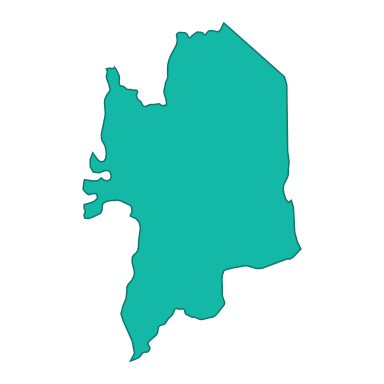 Kara, Equal Earth projection
{"feature_id": "TGO-88", "entity_name": "Kara", "entity_type": "Region", "adm_level": 1, "iso_a3": "TGO", "parent_name": "Togo", "parent_adm1": "", "projection": "equal_earth", "projection_center": [0.654, 9.526], "detail": "fine", "context": "isolated", "style": "filled", "palette": "teal", "viewbox_px": 384, "rotation_deg": 0, "n_neighbors": 0, "source": "natural_earth", "source_scale": "10m", "svg_char_len": 3734}
<svg xmlns="http://www.w3.org/2000/svg" viewBox="0 0 384 384"><path d="M112.3,68.7L114.3,68.0L114.4,67.3L115.5,68.5L116.8,70.7L118.7,74.8L119.2,76.1L119.4,77.5L119.4,78.8L119.1,81.6L119.1,83.0L119.4,84.3L119.9,85.3L120.7,85.9L123.8,86.6L124.7,87.2L126.0,88.7L127.1,89.3L128.5,89.6L130.7,89.5L133.6,90.2L135.3,90.1L136.3,90.2L137.1,90.6L137.6,91.4L137.5,92.4L136.7,94.4L136.5,95.5L136.7,96.7L137.0,97.8L137.5,98.8L138.2,99.7L139.8,100.8L140.6,101.5L141.2,102.4L142.7,105.4L143.4,106.1L144.5,106.5L145.9,106.4L148.0,105.4L150.8,104.5L153.1,104.6L158.9,103.8L159.9,104.2L161.5,105.5L162.6,105.9L164.4,105.2L166.1,105.7L166.3,105.5L166.5,103.8L166.3,100.8L164.1,92.7L164.0,91.4L164.1,90.0L164.4,88.5L164.9,86.8L165.4,83.6L165.9,81.9L166.9,79.9L167.4,78.3L167.7,77.0L167.7,76.0L167.6,73.6L167.7,66.2L168.2,63.1L168.9,60.3L170.7,55.6L176.0,45.7L176.9,43.2L177.3,40.2L176.8,36.8L176.5,35.5L176.6,34.4L177.4,33.4L179.4,32.4L184.9,32.8L186.1,33.4L187.0,34.1L187.5,35.1L187.9,36.2L188.3,37.3L189.0,37.8L190.0,37.7L192.9,35.1L196.3,32.6L197.6,32.0L201.6,32.5L202.6,33.0L204.0,34.4L204.8,34.8L205.8,34.5L207.9,31.7L209.1,30.8L210.9,30.6L212.3,30.7L217.2,31.7L218.3,31.7L219.6,30.6L220.6,29.7L223.8,23.0L239.3,36.7L265.3,59.8L284.4,76.8L286.8,85.1L286.8,87.0L287.0,105.0L287.4,131.7L287.6,150.7L289.0,162.1L288.8,165.1L288.4,167.5L288.4,172.5L288.2,175.0L287.1,178.1L283.8,184.7L283.1,187.9L283.7,192.8L285.5,198.8L288.2,202.5L291.3,200.4L293.4,207.4L294.7,232.2L297.3,241.9L300.8,249.0L300.7,249.0L293.6,256.7L290.2,259.0L287.0,258.9L261.9,268.3L258.4,268.5L256.2,268.4L247.2,265.8L244.4,265.8L230.7,268.3L224.5,270.2L224.1,270.6L223.6,271.4L223.2,272.4L222.4,274.9L222.0,277.9L221.9,280.7L222.2,285.2L222.2,294.2L222.6,296.8L224.6,302.5L224.5,303.8L223.8,305.4L220.7,309.0L218.3,312.4L215.6,315.2L214.1,316.4L212.6,317.1L209.4,317.6L202.6,319.4L201.4,319.5L200.3,319.4L199.1,319.1L196.2,317.7L195.1,317.4L192.7,317.2L191.5,317.0L185.8,314.1L185.3,313.1L184.9,311.9L184.7,310.5L184.1,309.4L183.0,308.8L180.7,309.1L179.1,309.1L177.8,308.8L176.5,308.3L175.6,308.7L174.8,309.3L174.3,310.3L173.8,311.5L173.5,312.7L172.8,314.0L171.9,315.3L168.1,318.9L167.5,319.6L167.1,320.4L167.0,320.5L166.7,321.2L164.8,323.8L163.6,324.5L160.3,325.3L159.3,326.1L158.5,327.0L158.0,329.6L157.8,331.0L157.5,332.4L157.2,333.7L156.6,334.6L149.4,341.0L148.3,342.4L148.1,343.5L148.1,344.8L148.7,345.6L149.3,346.4L149.8,347.4L149.8,348.8L149.0,350.7L148.0,351.6L146.8,352.1L144.0,352.2L143.0,352.7L139.4,357.1L135.6,359.1L130.5,361.0L134.5,353.3L132.3,341.3L123.5,321.4L121.0,313.8L122.9,306.3L126.0,298.7L126.9,290.8L126.9,287.0L128.1,284.6L132.2,279.7L134.4,274.7L134.3,270.8L132.1,262.1L132.3,257.3L133.7,254.9L135.8,253.3L137.6,250.8L138.4,247.7L138.7,240.5L140.4,228.1L139.2,222.4L136.0,218.6L130.5,216.1L130.4,215.9L130.4,215.6L130.4,215.4L131.6,212.6L132.0,210.1L131.7,207.7L130.6,205.5L120.9,200.9L117.5,200.1L110.2,200.6L106.1,201.6L103.3,203.2L102.4,205.2L101.9,210.1L101.2,212.2L99.8,213.7L91.5,217.6L88.1,218.5L84.7,218.0L83.9,214.8L85.4,212.0L84.1,208.1L84.1,204.6L91.7,202.5L94.5,201.1L96.9,198.9L97.6,196.4L96.0,193.7L93.4,193.6L88.8,194.7L86.9,193.6L85.1,191.9L83.8,190.4L83.3,189.7L83.2,188.1L84.1,181.2L84.5,179.7L93.7,181.0L98.0,180.7L101.3,177.9L103.8,180.1L107.1,180.8L110.1,179.7L111.3,176.3L109.8,171.3L106.2,170.3L98.8,172.8L93.2,172.0L90.3,166.9L90.1,159.8L92.7,152.8L97.6,159.6L100.6,161.9L103.9,161.3L105.8,158.3L106.3,154.0L105.9,149.6L105.0,146.0L103.8,143.5L102.5,141.6L101.6,139.0L101.3,134.5L105.2,115.5L105.3,112.7L104.5,102.9L104.8,99.5L106.3,95.8L108.6,92.4L109.9,90.9L110.0,88.9L108.8,84.1L106.6,78.3L106.3,76.6L106.7,74.4L107.3,72.9L107.4,71.3L106.3,68.9L109.5,68.1L112.3,68.7Z" fill="#14b8a6" stroke="#0f766e" stroke-width="1.5"/></svg>